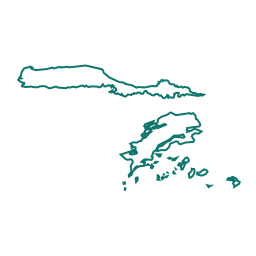 the district of Maluku Tenggara, Maluku, Indonesia, rotated 252°
{"feature_id": "22746128B6545713511337", "entity_name": "Maluku Tenggara", "entity_type": "district", "adm_level": 2, "iso_a3": "IDN", "parent_name": "Indonesia", "parent_adm1": "Maluku", "projection": "mercator", "projection_center": [132.834, -5.655], "detail": "fine", "context": "isolated", "style": "outline", "palette": "teal", "viewbox_px": 256, "rotation_deg": 252, "n_neighbors": 0, "source": "geoboundaries", "source_scale": "gbopen_adm2", "svg_char_len": 5940}
<svg xmlns="http://www.w3.org/2000/svg" viewBox="0 0 256 256"><g transform="rotate(252 128 128)"><path d="M208.2,41.9L208.7,39.5L207.7,38.4L204.4,40.7L203.0,43.1L202.1,43.1L201.5,40.7L200.4,40.1L198.5,43.7L197.2,49.2L196.1,50.5L194.6,54.8L194.9,56.8L194.0,60.4L193.2,62.2L190.0,65.5L189.6,72.4L188.2,73.7L185.0,81.3L185.4,83.3L184.5,84.9L184.2,88.8L182.7,91.0L182.6,97.1L182.1,98.5L180.6,99.7L181.3,101.2L179.0,103.3L178.9,106.1L176.8,111.7L175.6,113.1L175.5,114.8L177.3,117.6L175.0,118.3L174.5,119.2L174.7,122.3L173.6,124.9L173.6,126.6L172.5,127.3L171.3,127.0L169.3,128.6L167.6,128.6L166.7,126.4L167.4,124.9L167.1,124.4L164.0,127.3L164.2,128.7L161.5,131.5L162.3,132.6L159.8,133.4L158.7,135.6L159.9,138.3L158.4,141.3L159.0,142.0L158.5,144.0L159.3,144.5L158.2,146.6L158.7,148.4L157.8,150.6L156.3,151.2L156.0,153.0L157.8,155.0L157.8,156.7L154.9,157.6L153.7,159.6L152.1,160.6L150.9,162.7L151.8,164.7L151.0,166.7L148.8,168.2L148.9,169.4L145.8,170.6L145.1,171.7L146.0,174.4L147.2,175.4L146.4,176.3L146.0,175.5L145.0,175.9L143.8,175.1L144.7,176.5L142.7,180.5L144.6,182.2L145.9,182.3L145.6,182.9L146.6,184.3L146.2,186.1L145.7,187.0L142.8,185.5L141.7,186.3L141.9,188.0L142.8,188.6L142.6,191.2L141.5,191.5L142.1,194.1L136.8,204.6L136.8,206.7L135.9,208.7L136.3,210.4L138.1,207.2L137.9,205.5L140.3,202.8L141.3,200.5L143.6,198.4L146.1,198.6L147.9,197.6L149.7,194.1L149.4,192.6L150.9,191.6L151.2,188.6L152.2,187.3L153.0,187.6L153.0,185.8L154.9,185.5L157.0,181.5L160.6,180.6L161.4,179.3L162.3,176.4L161.8,175.7L162.8,175.6L163.2,174.7L161.9,172.9L162.4,171.5L160.8,171.4L160.4,169.4L159.4,169.2L159.0,167.4L160.5,164.0L161.4,156.5L163.8,150.3L163.7,148.6L167.2,145.2L171.1,138.6L171.8,138.7L173.1,136.9L174.2,134.1L181.7,126.0L187.9,122.0L190.8,122.0L192.1,121.1L200.5,107.1L203.8,91.0L205.0,89.1L206.2,83.1L207.2,82.2L207.6,75.8L208.8,74.7L209.2,68.7L211.6,58.0L214.0,54.8L214.6,54.4L215.1,55.6L216.5,54.3L216.8,47.6L213.9,44.0L210.7,42.3L209.9,40.9L208.2,41.9ZM105.0,121.3L105.0,112.8L99.2,116.1L97.9,117.7L97.4,121.2L95.5,122.2L93.8,121.9L90.8,118.8L85.3,117.8L83.0,114.2L81.6,113.9L82.2,116.6L85.4,119.4L87.3,123.4L87.8,122.2L88.6,123.8L88.6,124.5L87.7,123.9L88.1,128.3L87.1,131.2L87.4,132.7L88.6,132.2L89.7,133.3L91.0,131.2L92.1,133.2L92.1,131.5L92.8,132.7L92.8,134.2L91.7,133.1L92.0,137.1L90.5,140.0L90.7,141.3L92.4,142.5L93.3,141.6L97.4,144.8L98.1,144.3L97.6,145.2L98.0,147.2L102.3,151.8L103.9,162.7L106.5,169.5L105.1,174.2L104.8,178.5L102.0,179.1L101.6,178.0L104.9,170.4L104.9,167.6L102.9,163.9L102.8,160.4L100.5,154.8L100.6,150.5L97.0,148.8L96.7,153.0L95.4,156.2L95.6,158.2L97.3,161.3L100.0,163.2L100.4,169.6L99.7,171.2L97.3,171.7L96.4,172.8L96.4,178.3L94.6,185.8L96.0,187.2L100.3,186.0L101.7,187.4L102.2,190.2L100.8,193.8L102.0,196.8L106.7,191.3L105.9,186.9L106.0,183.5L106.8,184.4L107.5,183.1L109.7,184.3L107.5,196.3L108.4,197.6L110.5,197.7L114.4,196.6L115.8,195.4L118.8,196.0L122.0,194.6L121.9,192.1L123.1,191.2L125.4,177.5L129.5,173.6L129.5,172.7L128.6,169.9L128.3,162.9L126.9,159.1L124.5,158.1L123.6,156.1L121.5,156.7L120.0,158.8L120.6,162.9L120.0,165.0L119.4,165.1L118.7,156.1L119.3,156.2L119.9,158.1L121.2,157.0L119.4,154.0L119.3,152.3L120.0,150.7L119.6,148.4L121.0,145.1L119.7,142.7L116.6,142.9L117.9,149.2L117.4,149.4L116.3,146.2L113.6,141.9L113.2,137.9L111.5,136.6L112.0,134.7L111.4,132.0L112.8,128.2L112.3,125.3L111.0,126.2L109.6,125.6L109.5,126.4L107.9,125.6L108.1,127.0L108.6,127.0L107.2,129.2L104.4,128.2L101.9,129.0L101.1,128.4L101.3,124.2L102.7,121.7L103.9,122.2L103.4,126.4L102.6,126.9L105.3,127.4L105.5,125.1L104.6,122.1L104.2,122.4L105.0,121.3ZM49.3,207.8L48.2,206.4L46.6,209.5L47.0,212.3L46.0,212.1L44.8,213.6L44.9,212.9L42.7,210.7L40.6,211.6L39.2,210.8L40.5,216.2L42.0,217.6L43.8,216.0L46.1,215.6L49.1,212.5L49.1,211.4L48.4,211.0L49.3,207.8ZM65.1,187.7L63.4,182.2L64.2,180.2L62.5,179.4L60.1,183.1L59.8,185.4L60.4,188.1L61.9,190.2L63.7,189.5L65.1,187.7ZM65.8,171.6L61.7,171.1L61.5,172.4L62.5,175.0L65.6,177.8L68.4,178.3L69.6,176.0L67.5,175.3L65.8,171.6ZM123.8,149.2L121.8,145.7L121.9,147.5L121.1,146.5L120.4,146.8L120.8,149.0L120.3,149.2L120.3,152.3L120.9,152.2L121.1,150.7L121.2,154.8L122.1,156.4L124.0,155.3L123.8,149.2ZM79.6,170.0L76.8,172.8L77.9,175.7L80.3,175.9L81.8,175.1L81.8,173.4L79.6,170.0ZM126.3,145.5L124.8,143.9L123.8,144.5L122.5,144.3L121.9,145.0L124.1,145.5L123.3,146.9L124.1,147.2L125.8,151.2L124.6,152.8L126.6,154.6L126.3,145.5ZM72.0,166.0L71.7,167.2L75.9,170.9L78.6,169.4L77.3,168.9L75.3,166.4L72.0,166.0ZM77.9,121.8L78.2,120.7L77.6,119.7L74.2,119.1L75.7,121.2L77.9,121.8ZM116.6,138.5L115.1,139.5L116.2,142.0L117.0,142.3L118.1,141.0L117.5,139.0L116.6,138.5ZM92.6,151.2L94.2,147.0L91.2,148.7L91.1,149.9L92.6,151.2ZM84.6,165.1L84.3,160.6L83.6,160.4L82.9,162.5L84.6,165.1ZM71.4,141.0L69.9,140.0L69.2,141.4L70.3,141.0L71.2,142.4L72.2,142.6L73.2,141.9L74.5,142.2L73.5,141.3L71.4,141.0ZM83.7,137.6L82.7,137.7L82.3,138.7L83.6,140.2L85.6,139.3L83.7,137.6ZM48.9,185.9L46.9,186.4L47.5,188.8L47.9,187.5L48.9,185.9ZM77.2,108.2L77.6,106.8L76.1,106.6L76.0,107.9L77.2,108.2ZM70.9,146.2L70.1,144.6L69.1,145.4L69.6,146.9L70.9,146.2ZM78.6,165.7L77.1,164.2L76.5,165.0L77.9,167.2L78.6,165.7ZM167.9,121.2L167.6,120.7L168.0,121.9L167.1,122.9L168.5,124.3L167.9,121.2ZM86.8,157.1L85.7,158.2L86.0,159.6L87.0,158.4L86.8,157.1ZM70.8,157.2L70.4,158.4L72.3,157.8L72.0,157.5L70.8,157.2ZM86.7,145.1L87.4,143.6L86.6,142.5L86.2,143.9L86.7,145.1ZM72.4,107.0L69.5,105.3L70.9,106.8L72.4,107.0ZM70.0,150.5L70.2,149.6L69.7,148.7L69.3,149.5L70.0,150.5ZM87.5,135.6L86.9,134.9L86.5,136.6L87.5,135.6ZM98.7,148.7L98.6,148.2L98.3,147.9L98.0,148.9L98.7,148.7ZM69.0,145.3L68.8,144.4L69.1,143.8L68.6,144.6L69.0,145.3ZM71.9,148.0L72.6,148.1L72.7,147.8L71.9,148.0ZM172.5,124.6L171.8,124.9L172.3,125.3L172.5,124.6ZM74.3,151.7L73.8,151.5L73.5,151.8L74.3,151.7ZM74.0,160.8L73.1,160.8L73.7,161.0L74.0,160.8ZM45.6,211.0L45.0,210.6L45.6,211.2L45.6,211.0ZM115.3,140.8L115.7,141.0L115.3,140.6L115.3,140.8Z" fill="none" stroke="#0f766e" stroke-width="2"/></g></svg>